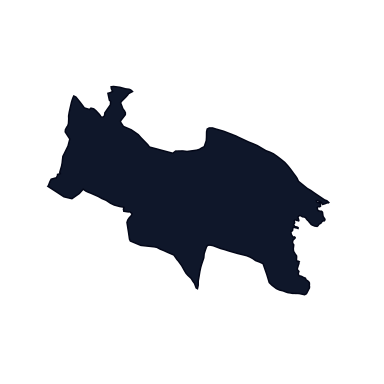 outline of Riyad, Kafr ash Shaykh, Egypt, rotated 124°
{"feature_id": "37247803B2291437615199", "entity_name": "Riyad", "entity_type": "district", "adm_level": 2, "iso_a3": "EGY", "parent_name": "Egypt", "parent_adm1": "Kafr ash Shaykh", "projection": "natural_earth1", "projection_center": [30.914, 31.32], "detail": "fine", "context": "isolated", "style": "filled", "palette": "ink", "viewbox_px": 384, "rotation_deg": 124, "n_neighbors": 0, "source": "geoboundaries", "source_scale": "gbopen_adm2", "svg_char_len": 4859}
<svg xmlns="http://www.w3.org/2000/svg" viewBox="0 0 384 384"><g transform="rotate(124 192 192)"><path d="M224.3,64.5L223.0,61.1L222.4,58.3L221.8,56.2L220.8,54.2L219.9,52.1L217.9,49.0L216.3,46.5L214.2,41.2L212.5,40.3L211.8,40.3L209.2,40.6L206.9,40.9L206.2,40.9L204.9,41.5L204.3,42.2L203.6,42.6L202.6,43.2L201.7,43.9L201.3,44.6L201.0,46.0L201.0,47.0L201.0,47.7L201.0,48.4L200.0,49.8L200.3,50.4L200.3,51.1L200.6,52.5L200.6,53.5L200.9,54.9L201.6,56.0L200.9,57.7L199.9,58.4L198.9,58.7L198.0,59.0L197.9,59.7L197.6,60.7L197.3,61.4L196.0,62.1L194.7,62.4L193.7,62.8L192.4,63.1L192.1,63.2L191.4,63.4L190.4,64.1L189.8,64.1L189.8,64.8L190.1,65.5L190.7,65.8L190.1,67.2L189.1,67.9L187.4,68.9L186.5,69.6L186.1,70.6L185.8,71.6L185.1,73.0L184.5,74.4L183.5,75.4L182.2,76.4L180.2,77.4L178.9,78.1L178.6,79.1L177.6,80.5L176.3,81.1L175.9,81.1L175.0,81.5L174.3,81.1L172.7,80.8L172.4,80.8L172.0,81.1L172.0,82.1L172.7,82.8L173.0,83.2L172.3,84.5L172.0,85.2L171.7,85.9L171.0,86.6L170.0,87.6L169.4,88.0L169.4,87.6L168.1,87.2L167.4,87.2L166.8,87.6L165.4,88.2L164.8,88.2L164.2,87.5L163.8,86.2L163.5,85.5L163.2,85.1L163.2,84.4L162.9,83.7L162.2,84.1L162.2,84.8L162.5,85.8L163.2,87.5L162.8,88.2L162.5,89.2L162.2,89.6L161.2,89.6L160.2,89.6L159.2,90.6L158.6,91.3L157.6,90.9L157.0,90.2L157.0,89.2L156.6,88.5L156.3,87.4L156.0,87.4L155.3,88.1L154.7,88.8L154.0,89.8L153.0,90.2L151.7,89.8L151.1,89.4L150.8,88.1L150.8,86.7L150.5,86.0L150.1,85.3L149.8,84.3L149.8,83.2L150.2,82.5L150.8,80.5L150.8,79.8L151.2,78.4L151.5,77.7L151.8,76.4L152.2,75.3L152.2,74.0L151.9,72.6L151.6,71.2L150.9,69.8L150.6,69.1L149.9,68.8L149.0,68.7L148.6,68.7L147.7,68.7L146.4,68.0L145.7,67.7L144.4,67.7L143.4,67.6L142.5,66.9L141.8,66.6L141.8,66.2L140.8,66.2L140.2,66.6L139.5,68.3L138.9,69.7L137.5,71.0L135.9,72.4L135.8,72.6L135.6,73.1L135.6,73.4L135.6,74.1L136.2,74.8L136.5,75.8L136.8,76.5L136.8,77.2L136.5,77.9L135.5,78.9L134.9,79.6L133.6,79.2L133.2,78.5L132.9,77.9L131.9,77.5L131.0,78.2L129.6,79.5L129.6,80.2L130.3,81.3L130.6,82.3L130.6,83.0L129.9,84.0L128.6,83.0L128.7,81.6L128.3,80.2L128.3,79.2L128.4,78.5L129.0,77.8L129.3,76.8L128.0,75.7L127.1,75.0L125.5,74.0L124.8,72.9L124.2,72.7L123.8,75.3L124.4,77.7L124.4,84.6L124.4,89.5L124.3,94.6L124.6,98.4L123.6,109.8L121.9,112.5L120.9,114.9L119.6,118.7L118.2,122.5L117.2,125.6L116.6,127.6L115.6,131.7L115.2,136.2L114.9,141.0L114.8,145.9L115.4,149.7L116.4,153.8L116.7,158.6L117.0,163.8L117.9,168.6L118.9,173.1L120.7,184.5L121.0,186.9L123.9,199.7L125.9,205.9L126.4,207.3L127.4,210.8L129.3,213.6L129.8,213.8L131.3,214.6L133.9,213.6L138.5,210.6L141.4,208.9L147.6,207.2L150.2,208.7L152.5,209.7L154.7,211.5L161.2,218.8L163.1,222.6L167.3,228.5L169.2,229.1L170.6,229.6L174.9,242.0L175.7,244.4L178.5,252.4L177.5,255.2L175.5,264.8L175.4,265.2L174.5,268.6L174.4,273.7L174.4,277.2L176.0,285.5L174.3,289.6L173.6,290.7L173.3,291.0L171.7,290.9L165.2,290.5L163.6,291.5L162.6,293.2L161.6,296.0L160.2,297.9L158.0,301.1L156.0,301.1L150.5,300.0L147.6,299.6L145.9,299.6L144.6,298.9L143.3,298.2L142.0,297.5L141.8,298.3L141.7,298.8L141.7,300.2L142.0,301.6L143.6,304.7L145.5,310.3L148.4,316.1L150.0,317.9L150.9,317.1L151.5,316.6L153.0,314.1L155.2,315.2L157.2,316.9L162.1,311.8L162.4,310.1L165.4,308.4L170.9,308.5L174.5,308.5L174.8,308.6L177.8,307.2L179.7,307.6L180.7,309.3L180.0,310.7L179.4,312.4L178.3,317.2L178.0,320.0L179.0,322.7L180.9,323.1L182.5,328.3L181.5,331.0L180.2,334.8L178.2,341.3L178.5,343.7L179.7,343.5L180.4,343.4L182.4,342.9L185.0,342.1L190.2,340.1L194.5,338.4L198.0,336.8L199.9,335.4L201.0,334.7L204.3,332.7L205.7,332.3L206.5,332.0L208.2,332.1L211.1,331.8L213.1,330.7L215.4,325.3L216.4,322.9L219.3,321.9L223.2,320.5L232.0,319.3L234.6,319.0L237.9,317.3L240.5,315.9L241.9,315.3L243.5,314.6L246.7,313.6L249.7,312.6L250.4,311.4L252.6,313.3L253.6,312.7L256.2,312.4L256.8,313.1L260.1,315.9L262.7,315.6L267.2,314.6L267.9,314.7L267.7,303.8L267.6,295.5L264.7,287.8L256.3,284.6L250.5,283.8L250.5,283.7L250.6,280.6L250.3,278.5L250.0,277.1L249.6,275.4L248.1,267.1L247.8,263.0L247.1,259.6L246.9,258.5L246.9,253.3L246.3,249.2L246.1,248.6L244.4,243.6L243.1,240.9L242.8,239.8L243.8,239.5L244.7,239.2L245.7,238.1L246.1,237.8L244.1,233.6L243.2,232.6L243.5,229.5L244.8,229.2L246.1,229.2L248.4,229.6L251.0,229.6L253.6,228.9L260.8,222.2L266.1,217.4L267.1,215.7L264.9,204.6L258.5,192.5L257.5,190.1L257.2,186.6L256.3,182.5L255.7,178.7L254.4,171.8L256.4,166.6L256.8,164.9L258.8,159.4L261.4,154.3L262.7,151.5L263.4,148.8L264.1,144.3L265.4,141.6L266.4,138.8L269.2,134.9L269.1,133.4L265.8,134.7L262.2,137.1L258.6,138.7L253.4,141.1L249.4,142.7L246.2,143.7L240.0,145.4L236.4,147.4L231.8,148.7L228.9,149.4L227.2,149.0L225.9,147.3L224.7,144.5L223.7,140.3L222.8,136.5L221.5,132.7L220.2,128.2L217.4,119.6L214.9,112.9L214.2,110.9L213.5,107.5L213.2,104.4L213.3,101.5L213.3,100.9L212.3,96.8L211.7,93.0L218.6,83.8L223.9,77.3L224.6,73.5L224.9,68.0L224.3,64.5Z" fill="#0f172a" stroke="#020617" stroke-width="1.5"/></g></svg>